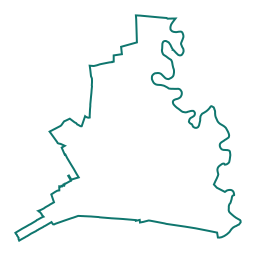 the district of Filipesti, Bacau, Romania
{"feature_id": "2599482B19318854106378", "entity_name": "Filipesti", "entity_type": "district", "adm_level": 2, "iso_a3": "ROU", "parent_name": "Romania", "parent_adm1": "Bacau", "projection": "orthographic", "projection_center": [26.901, 46.775], "detail": "fine", "context": "isolated", "style": "outline", "palette": "teal", "viewbox_px": 256, "rotation_deg": 0, "n_neighbors": 0, "source": "geoboundaries", "source_scale": "gbopen_adm2", "svg_char_len": 5777}
<svg xmlns="http://www.w3.org/2000/svg" viewBox="0 0 256 256"><path d="M217.9,237.5L219.4,237.6L221.6,237.2L224.3,236.0L226.9,234.3L229.3,232.2L231.5,229.1L233.2,227.5L234.9,226.5L236.4,225.9L237.6,225.1L238.9,224.6L240.6,222.4L240.6,221.0L240.1,220.1L236.2,217.9L234.0,216.3L232.0,214.6L230.3,213.1L229.1,211.7L228.7,210.2L228.8,208.0L228.8,206.1L229.3,204.4L230.5,202.8L231.6,199.2L231.9,197.4L232.2,196.3L232.8,195.6L234.1,195.1L234.1,194.4L233.8,192.8L233.3,191.6L232.5,190.7L231.4,190.1L230.2,189.9L228.8,190.0L227.1,190.4L224.9,191.9L216.8,187.7L213.9,184.5L215.4,181.2L216.8,178.4L217.9,175.8L218.3,174.4L218.1,173.5L217.7,171.9L217.5,170.9L217.4,169.7L217.5,169.0L217.9,167.7L218.5,166.8L219.4,165.9L221.0,164.7L222.2,163.9L223.1,163.6L223.9,163.6L224.3,163.8L224.6,164.4L224.7,164.6L225.4,164.6L226.3,164.4L227.0,164.1L228.3,163.2L229.0,162.4L229.2,162.0L229.7,159.8L230.3,155.4L230.3,154.7L230.0,152.1L229.7,151.2L229.4,150.8L228.9,150.5L227.5,150.1L223.4,149.9L222.1,149.5L221.4,149.0L220.7,148.2L220.0,146.8L219.8,145.9L219.8,144.7L220.0,143.9L220.5,143.2L221.0,142.6L222.6,141.5L223.7,140.9L224.6,140.1L225.7,139.5L228.5,137.6L228.8,137.1L229.1,135.9L229.1,135.0L228.8,133.8L228.1,132.0L227.8,131.4L226.2,128.5L225.7,127.7L224.1,126.3L222.7,125.4L220.1,123.9L218.8,122.8L218.1,122.0L217.6,121.3L215.7,117.1L215.3,115.6L215.2,114.5L215.1,113.6L215.1,111.7L215.0,110.9L214.7,110.0L214.4,109.4L214.3,108.8L213.7,107.4L212.2,106.5L211.5,106.2L211.0,106.3L210.4,106.9L209.4,108.3L208.0,109.8L206.4,111.2L204.2,112.6L202.2,113.7L201.4,114.7L200.5,116.3L200.4,116.8L200.4,117.5L200.2,118.4L200.2,120.4L200.1,120.9L199.0,125.5L198.2,126.9L197.6,127.4L197.2,127.6L196.1,127.9L195.0,127.8L193.4,127.0L192.9,126.4L192.4,125.2L191.9,124.3L191.5,124.0L190.6,123.7L189.8,123.0L189.1,122.2L188.9,121.7L189.3,120.0L189.5,119.4L190.1,118.5L190.8,117.9L192.4,117.0L193.5,116.3L194.1,115.8L194.4,115.4L194.8,114.5L194.9,113.4L194.9,112.9L194.7,112.5L194.2,111.6L193.6,111.1L193.2,110.9L191.5,110.9L190.3,111.1L189.0,111.5L187.8,111.8L186.8,112.2L186.0,112.3L185.0,112.3L182.8,111.9L182.0,111.5L181.4,111.1L178.5,108.8L177.0,107.8L175.4,106.4L173.8,104.7L173.4,104.1L173.1,103.3L172.9,102.5L172.9,101.7L173.3,100.7L173.8,100.2L175.3,99.4L177.6,98.8L178.6,98.4L180.0,97.5L180.6,96.9L180.9,96.4L181.5,95.2L181.7,94.5L181.8,93.8L181.8,92.8L181.7,92.0L181.2,91.0L180.5,90.0L180.2,89.7L179.6,89.2L178.3,88.8L175.5,88.9L172.7,88.8L171.1,88.8L169.4,88.6L168.6,88.4L167.6,87.6L164.2,85.8L163.2,85.5L160.9,85.0L157.4,84.8L156.6,84.6L156.1,84.5L155.0,83.9L154.2,83.3L153.5,82.5L152.6,80.8L151.9,79.1L151.9,77.2L152.0,76.4L152.3,75.6L153.0,74.7L153.9,73.9L155.0,73.3L158.0,73.0L159.4,73.2L160.5,73.6L161.4,74.2L163.9,76.7L165.2,78.0L165.8,78.4L166.4,78.7L167.5,79.0L168.7,79.1L171.3,77.8L172.1,77.2L173.0,76.3L173.3,75.7L173.6,74.9L174.0,72.5L174.0,70.8L173.9,70.0L173.8,69.3L173.2,67.7L172.6,65.1L172.1,62.1L171.6,60.8L171.1,59.9L170.5,59.5L168.6,58.3L166.0,56.3L163.6,54.8L162.9,53.9L162.1,51.8L161.9,49.9L162.1,49.3L162.2,48.2L162.4,43.7L162.7,42.8L163.1,42.0L163.3,41.7L163.7,41.4L164.8,41.0L165.8,41.0L166.2,41.1L168.3,42.2L168.7,42.4L170.4,44.8L171.8,47.8L172.6,49.1L173.2,49.9L173.1,50.0L173.5,50.1L173.8,50.4L176.2,53.0L178.0,54.7L178.4,55.0L179.4,55.3L179.8,55.4L180.8,55.3L181.4,55.1L181.8,54.8L182.4,54.0L182.9,53.2L183.3,52.3L183.6,51.1L183.4,49.2L183.1,48.5L182.3,47.2L181.2,44.5L181.0,43.9L181.2,42.8L182.6,39.4L183.3,37.4L183.4,37.1L183.4,36.1L183.3,35.1L182.8,33.6L182.3,32.5L182.0,32.2L181.5,31.8L180.8,31.6L178.9,31.7L176.5,32.1L175.6,32.1L173.8,31.9L172.4,31.4L171.8,31.0L171.1,30.2L170.6,29.6L170.5,29.2L170.4,27.8L170.5,26.7L170.9,25.3L171.2,24.5L172.0,23.2L173.2,21.5L175.5,18.5L169.2,18.6L167.8,18.7L167.4,18.6L166.7,18.0L159.3,17.4L140.0,15.6L135.9,15.4L136.2,19.2L136.6,32.3L136.9,42.4L121.1,46.8L121.9,54.2L113.7,55.4L113.7,61.6L112.3,61.8L112.3,62.1L109.4,62.4L101.3,64.0L99.9,64.3L96.9,65.3L94.3,65.9L93.4,66.0L89.7,65.7L90.2,69.1L91.0,76.2L91.9,78.4L92.0,80.4L92.0,82.3L91.8,85.6L92.0,86.1L91.6,90.1L91.4,92.9L91.1,95.8L90.3,104.3L90.3,106.1L90.0,109.4L89.7,115.5L89.7,117.5L88.7,117.7L88.2,117.7L86.7,117.2L85.7,116.7L85.1,116.2L81.7,126.2L81.1,126.3L80.3,126.1L78.3,124.9L77.3,124.5L76.4,123.4L76.0,123.0L74.7,122.4L69.8,118.7L65.2,120.9L64.3,121.2L63.7,121.9L61.3,125.3L60.4,126.0L49.6,131.6L57.1,142.0L57.7,143.1L58.1,143.3L59.0,143.6L60.6,143.9L64.8,145.8L61.7,147.6L64.8,154.8L65.4,154.5L67.2,158.1L71.7,165.6L73.8,169.0L76.4,173.6L78.7,177.4L71.3,179.6L68.9,175.5L68.2,175.9L71.1,180.7L70.9,180.9L70.3,181.0L66.0,183.4L65.2,183.5L65.0,184.0L64.6,184.1L64.5,184.5L64.4,185.0L63.8,184.7L63.8,185.5L63.1,185.2L62.9,185.5L62.9,185.8L62.7,186.0L62.5,185.8L62.1,186.4L61.7,186.4L61.5,185.8L61.3,185.8L60.8,186.7L60.5,186.8L60.0,186.5L59.3,186.3L59.2,187.3L59.3,187.5L59.3,190.4L57.3,190.7L55.3,191.8L51.3,194.4L54.0,202.3L49.9,204.6L48.9,205.3L45.5,207.2L43.7,208.5L40.9,209.9L38.3,210.9L38.8,211.2L39.0,211.6L39.8,211.9L41.4,213.8L41.7,214.3L41.7,214.6L41.9,214.9L43.5,216.7L42.9,216.9L40.9,217.9L37.9,219.6L37.1,219.9L35.9,220.9L30.4,224.2L29.5,224.6L25.7,226.8L22.2,228.7L19.4,230.4L15.4,232.8L15.9,233.8L16.5,234.4L16.9,234.9L17.1,235.6L18.6,237.8L18.6,238.3L18.5,238.7L18.6,239.2L19.2,240.6L21.6,239.2L24.9,237.4L26.1,236.6L27.2,236.1L31.1,233.6L36.0,231.1L37.0,230.4L37.4,230.1L38.2,229.8L38.8,229.3L43.2,227.0L43.8,226.5L45.1,225.9L51.5,222.1L51.9,222.8L53.1,224.3L54.1,224.4L54.4,224.3L55.3,223.8L63.8,220.8L71.7,218.1L73.1,217.7L78.2,215.9L91.1,216.5L99.1,217.1L99.5,217.3L111.7,218.3L118.5,218.7L122.9,219.0L135.9,220.1L135.9,220.8L139.7,219.9L140.0,222.5L143.7,221.8L144.7,221.5L148.7,220.5L150.3,220.7L157.2,222.0L164.5,223.4L166.4,223.9L184.9,226.6L195.5,228.3L208.8,230.9L217.1,232.6L217.9,237.5Z" fill="none" stroke="#0f766e" stroke-width="2"/></svg>